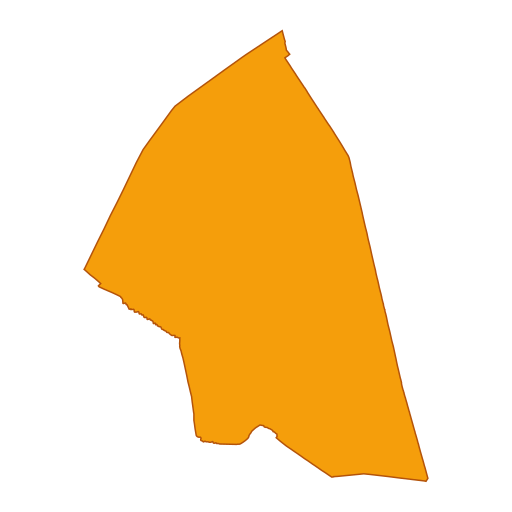 Tinh Bien, An Giang, Vietnam
{"feature_id": "81297802B35428568609668", "entity_name": "Tinh Bien", "entity_type": "district", "adm_level": 2, "iso_a3": "VNM", "parent_name": "Vietnam", "parent_adm1": "An Giang", "projection": "natural_earth1", "projection_center": [105.002, 10.557], "detail": "fine", "context": "isolated", "style": "filled", "palette": "amber", "viewbox_px": 512, "rotation_deg": 0, "n_neighbors": 0, "source": "geoboundaries", "source_scale": "gbopen_adm2", "svg_char_len": 5947}
<svg xmlns="http://www.w3.org/2000/svg" viewBox="0 0 512 512"><path d="M282.2,30.7L246.2,54.5L241.9,57.5L224.0,70.3L206.3,83.1L188.1,96.2L175.1,106.1L171.6,110.4L162.1,123.5L152.5,136.6L150.2,139.7L143.1,149.6L136.3,162.6L129.9,176.0L123.5,189.4L117.0,202.6L110.4,215.5L104.1,228.8L97.6,241.8L91.3,254.8L85.0,267.8L84.1,269.4L84.9,270.0L86.8,271.7L90.3,274.9L94.4,278.0L98.0,281.1L98.6,281.6L100.7,283.6L100.1,284.2L99.5,284.7L98.4,285.9L99.1,286.8L104.2,289.2L112.2,292.6L116.3,294.5L120.6,296.6L120.8,297.3L121.4,297.8L121.8,298.2L122.0,298.6L122.4,299.1L122.6,299.6L122.8,301.4L122.9,302.4L122.9,303.0L123.0,303.4L123.2,303.5L123.6,303.5L124.3,303.3L125.2,303.0L125.6,303.1L125.8,303.4L126.0,303.7L126.1,304.5L126.5,304.7L126.8,304.7L127.0,304.7L128.7,308.2L128.9,308.9L129.0,309.0L129.3,309.2L129.5,309.2L130.2,309.1L130.8,308.9L130.9,309.5L131.5,309.5L133.0,309.4L133.6,309.3L133.9,309.5L134.1,310.1L134.2,311.0L134.3,311.7L134.6,312.1L136.4,312.1L137.4,311.9L137.9,311.6L138.1,311.6L138.4,311.6L138.6,311.8L138.9,312.3L139.0,313.0L139.2,313.7L139.4,314.0L140.1,314.0L140.8,313.8L141.1,313.8L141.4,314.0L141.9,315.0L143.3,315.0L143.4,315.4L143.6,316.1L144.0,317.2L144.5,317.5L145.2,317.6L145.8,317.4L146.1,317.3L146.5,317.4L146.8,317.7L147.2,319.4L147.4,319.5L147.8,319.4L148.8,319.2L149.4,318.9L149.8,318.9L149.9,319.0L150.1,319.3L150.2,319.7L150.3,319.9L150.6,320.1L151.1,320.1L151.4,320.2L151.6,320.5L152.1,320.8L152.4,320.8L152.7,321.1L153.0,321.5L153.1,322.1L153.3,323.0L153.3,323.3L153.4,323.5L153.6,323.6L153.8,323.6L154.8,323.1L155.1,323.1L155.3,323.4L155.4,323.6L155.5,324.1L155.6,324.5L155.8,324.7L156.1,324.4L156.5,324.3L156.9,324.5L157.2,324.9L157.4,325.8L157.6,326.0L157.8,326.0L158.3,326.1L159.1,326.7L160.4,326.7L160.7,326.9L161.1,327.4L161.3,328.0L161.4,328.5L161.6,328.9L161.9,329.2L162.3,329.4L162.8,329.5L163.3,329.6L163.5,329.6L163.6,329.8L163.7,330.1L163.8,330.2L164.1,330.4L164.5,330.5L164.9,330.8L165.6,331.0L166.0,331.2L166.2,331.3L166.3,331.5L166.4,331.8L166.6,332.1L166.9,332.4L167.5,332.5L168.6,332.5L168.9,332.9L169.1,333.3L169.4,333.6L169.6,333.8L170.5,334.6L171.7,335.4L172.0,335.5L172.3,335.5L173.2,335.4L174.5,335.4L175.0,335.5L175.1,335.8L175.0,336.4L174.9,337.1L175.0,337.3L176.0,337.4L176.4,337.2L176.8,337.2L177.2,337.2L177.6,337.4L177.9,337.6L178.6,337.9L179.1,337.9L179.3,338.0L179.8,337.9L179.8,340.9L179.6,343.5L179.8,345.5L179.7,346.6L179.9,347.6L180.1,348.5L181.0,350.7L181.3,352.0L181.6,353.3L181.8,354.1L182.9,357.8L184.0,362.6L185.4,369.2L186.3,373.4L186.9,376.3L188.0,382.0L189.2,386.7L190.6,392.7L191.6,396.6L192.2,401.9L193.0,407.7L193.6,412.2L193.9,413.8L193.9,417.2L193.9,420.3L194.4,423.5L195.1,428.8L196.2,435.2L196.4,435.7L196.9,436.3L197.4,436.7L198.1,437.0L198.7,437.2L200.1,437.2L200.5,437.2L200.7,437.5L200.9,437.9L201.0,438.7L200.7,439.2L200.7,440.0L201.0,440.5L202.0,440.9L202.5,441.0L203.0,441.6L203.4,441.9L203.9,441.8L204.3,441.5L204.8,441.3L205.2,441.3L205.6,441.5L206.1,441.8L207.0,441.8L208.2,441.8L209.1,442.2L210.2,442.3L211.0,442.2L212.4,441.6L212.7,441.6L213.0,442.0L213.1,442.6L213.6,443.1L214.0,443.2L214.7,443.2L215.6,442.8L215.9,442.8L216.2,443.0L216.4,443.4L216.6,443.5L217.9,443.5L218.8,443.6L219.6,444.0L236.7,444.4L237.6,444.2L239.3,444.2L240.3,443.9L241.5,443.2L243.2,442.1L245.4,440.5L247.6,438.6L248.4,437.6L248.8,436.7L249.0,435.5L249.4,434.9L250.0,433.9L250.4,433.5L250.8,433.0L251.5,431.7L251.9,431.1L255.0,428.3L256.3,427.3L257.2,426.8L258.9,425.7L259.8,425.1L260.5,425.1L262.5,425.5L263.1,425.5L263.5,425.6L263.8,425.8L263.9,426.3L264.1,426.6L264.2,426.8L264.5,427.0L265.6,427.3L266.3,427.4L266.7,427.4L267.0,427.4L267.5,427.6L267.8,427.9L268.1,428.1L268.4,428.3L268.8,428.5L269.6,428.7L270.1,428.8L271.1,429.5L271.7,429.8L272.4,430.4L272.8,430.7L273.0,431.3L273.0,431.5L273.3,431.8L273.6,431.8L273.9,431.8L274.2,431.9L274.7,432.3L275.9,433.5L276.8,433.9L277.0,434.5L276.9,435.3L277.2,436.2L276.2,437.7L280.4,441.3L286.1,445.8L301.2,456.2L304.5,458.6L307.9,460.8L311.3,463.2L312.7,464.2L314.7,465.5L321.7,470.4L325.3,472.7L330.1,476.0L331.8,477.1L333.7,476.8L333.7,476.6L337.4,476.4L358.9,474.3L363.7,473.8L369.7,474.4L375.8,475.1L387.9,476.5L400.5,478.1L424.1,480.9L426.0,481.3L427.9,478.3L427.4,476.6L425.0,467.7L424.3,465.5L423.7,463.2L423.1,461.0L422.5,459.0L422.1,457.6L420.5,452.0L419.2,447.2L418.9,446.1L418.4,444.0L418.0,442.9L417.7,441.8L417.4,440.5L415.7,434.6L415.2,433.2L415.0,432.0L414.4,430.1L412.9,424.7L410.9,417.6L410.2,415.0L409.9,414.2L409.7,413.3L409.5,412.6L409.5,412.3L408.9,410.6L408.2,407.9L407.7,406.3L406.9,403.2L405.8,399.5L405.4,397.9L404.8,396.2L404.0,393.2L404.0,392.8L403.7,392.1L403.5,391.4L403.4,390.8L403.0,389.9L402.1,386.5L401.5,383.8L401.5,382.7L400.7,379.4L400.3,378.1L398.3,369.4L397.5,366.2L396.7,362.5L395.9,358.4L395.7,357.6L393.3,346.4L391.8,340.8L390.0,332.6L389.4,330.1L388.0,324.7L387.2,320.8L386.4,316.8L385.7,313.9L384.9,311.1L384.8,309.5L384.6,309.4L384.5,309.2L383.5,305.4L383.4,304.1L382.9,302.5L381.9,298.6L381.6,296.8L381.0,294.2L379.5,288.4L379.2,287.1L378.7,284.7L377.9,281.1L377.0,277.7L375.9,273.0L375.4,270.1L374.1,265.0L373.3,261.5L371.6,254.1L370.1,247.1L368.1,239.0L367.6,236.6L367.0,233.5L366.0,229.5L365.8,228.9L365.0,225.6L364.0,221.2L362.5,214.6L362.2,212.9L358.1,195.5L356.5,189.6L355.0,183.0L353.7,178.1L353.0,175.3L352.6,173.2L350.9,166.3L350.2,162.4L349.0,157.7L348.1,155.6L344.6,150.0L344.1,149.1L341.3,144.4L339.2,141.0L334.3,133.3L334.0,132.7L329.4,125.6L328.6,124.6L324.4,118.3L323.6,116.9L323.0,116.1L318.8,109.8L318.1,108.6L317.6,108.0L312.6,100.3L312.3,99.9L307.4,92.2L307.0,91.4L304.7,87.8L304.4,87.6L303.7,86.5L302.0,83.9L301.3,82.9L296.1,75.1L295.8,74.5L291.3,67.8L290.3,66.1L285.7,59.2L285.0,58.0L284.9,57.8L288.0,55.7L289.7,54.2L289.2,53.7L288.2,52.3L286.6,50.4L286.4,50.2L286.3,49.7L286.3,49.3L286.2,48.9L286.1,48.1L285.2,44.4L284.9,43.4L284.9,42.8L285.0,42.3L285.2,41.7L285.0,40.9L284.5,39.5L283.8,36.9L282.2,30.7Z" fill="#f59e0b" stroke="#b45309" stroke-width="1.5"/></svg>